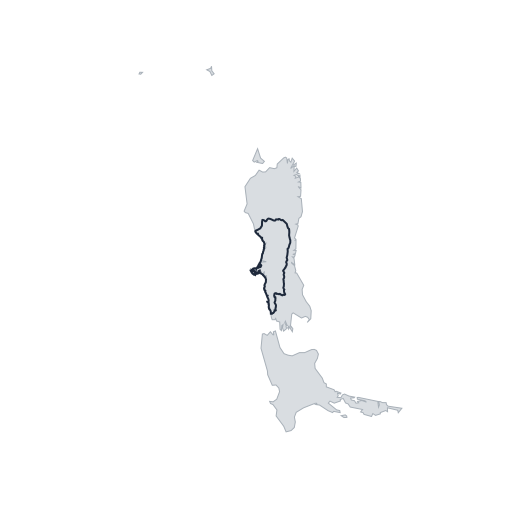 New Zealand, with Canterbury highlighted, rotated 134°
{"feature_id": "NZL-3400", "entity_name": "Canterbury", "entity_type": "Regional Council", "adm_level": 1, "iso_a3": "NZL", "parent_name": "New Zealand", "parent_adm1": "", "projection": "mercator", "projection_center": [172.324, -43.488], "detail": "fine", "context": "in_parent", "style": "outline", "palette": "slate", "viewbox_px": 512, "rotation_deg": 134, "n_neighbors": 0, "source": "natural_earth", "source_scale": "10m", "svg_char_len": 9458}
<svg xmlns="http://www.w3.org/2000/svg" viewBox="0 0 512 512"><g transform="rotate(134 256 256)"><path d="M271.1,189.8L273.0,189.9L281.5,183.3L285.0,181.9L285.9,181.8L284.0,183.7L284.4,185.1L282.5,189.6L284.1,188.9L285.1,185.8L286.2,185.2L285.8,183.4L290.9,184.0L289.2,187.1L286.5,188.9L288.1,189.1L292.0,185.9L292.0,187.8L287.0,193.1L288.5,196.1L287.2,198.5L288.7,198.2L290.6,200.1L289.4,202.5L284.0,208.8L283.2,212.0L278.2,217.6L272.8,228.0L262.9,234.8L264.7,236.6L261.2,239.2L264.0,238.7L265.9,242.8L270.4,244.0L270.7,247.9L267.8,249.0L265.0,247.2L260.8,247.9L262.2,246.3L260.5,245.2L257.4,248.5L253.0,244.6L255.5,249.1L246.8,254.3L243.1,254.7L241.8,257.5L239.8,257.7L241.0,258.6L238.2,272.9L235.7,272.8L238.0,274.4L237.6,275.9L234.7,280.1L230.8,291.2L232.2,293.8L232.0,295.7L224.7,298.6L213.8,312.1L204.0,314.0L198.5,312.4L192.1,313.4L191.0,309.5L188.8,307.5L183.0,307.6L180.4,303.4L178.0,302.3L175.1,304.6L166.2,304.2L164.5,303.5L164.2,302.0L167.6,297.7L164.5,300.0L163.1,299.8L164.4,297.9L164.3,296.1L160.5,297.9L160.9,294.2L169.0,291.9L165.8,291.5L165.6,290.3L168.8,287.5L164.5,287.8L165.3,284.6L167.6,284.6L166.8,282.3L171.6,284.7L171.0,282.5L172.8,281.8L169.5,280.2L169.4,277.9L171.1,276.1L173.3,276.9L171.9,274.9L175.8,270.9L176.8,274.0L177.1,269.6L182.1,265.4L184.2,267.0L183.3,263.2L191.8,253.4L196.5,250.9L199.1,251.3L203.5,248.4L205.4,249.5L204.6,247.4L205.2,246.4L216.3,240.8L216.3,239.0L217.5,238.7L216.7,238.3L223.1,232.3L225.7,232.7L224.1,231.0L226.7,229.4L229.3,230.6L227.8,228.7L230.2,227.6L231.3,229.2L231.4,226.9L235.3,222.1L236.0,225.9L236.4,225.4L236.2,221.6L238.9,217.2L241.0,216.2L240.0,214.9L243.9,201.3L248.0,199.6L251.6,195.6L254.0,188.1L254.8,182.4L257.0,178.3L263.1,173.0L268.2,173.0L264.7,173.5L264.2,176.3L265.2,178.6L269.0,180.2L271.1,189.8ZM268.5,46.9L273.9,56.0L276.6,53.2L277.0,55.3L282.3,57.8L283.2,56.9L287.6,59.3L288.2,62.5L291.2,61.4L294.9,68.3L294.3,70.0L295.5,72.4L292.4,72.7L299.2,83.3L298.4,87.0L299.5,89.5L297.9,94.3L300.7,95.7L301.7,94.6L307.5,97.5L309.0,102.0L311.6,101.8L310.7,91.2L309.0,88.4L310.2,86.7L313.9,92.3L315.4,92.1L317.2,96.7L319.1,106.8L321.4,109.9L320.1,109.4L319.9,110.2L321.0,111.2L332.1,116.3L340.5,118.5L345.2,116.5L348.1,112.4L352.8,109.3L357.2,109.5L361.6,112.2L359.2,117.8L357.1,130.4L352.2,134.0L351.1,140.5L352.0,143.1L351.1,145.2L349.0,142.4L344.6,141.6L337.2,144.8L335.1,147.9L334.9,152.0L337.7,154.5L333.3,165.1L330.7,168.0L318.9,188.3L307.7,197.2L306.2,196.3L305.3,192.8L300.5,193.0L300.9,189.0L300.3,188.5L298.5,190.8L296.4,190.0L305.2,175.2L306.8,168.0L305.1,164.1L302.7,160.6L295.3,157.6L291.7,153.9L284.7,151.0L282.7,149.2L281.9,146.9L283.2,143.0L287.0,140.7L292.5,139.2L295.8,135.4L297.8,123.5L299.9,119.1L299.2,116.5L301.3,114.5L298.0,107.0L298.7,104.7L297.6,104.4L295.6,99.7L296.8,99.5L298.1,102.1L299.3,99.9L301.3,99.4L298.9,96.5L295.9,97.3L293.8,96.4L292.2,91.9L289.0,87.0L289.9,86.9L292.5,89.3L293.4,87.4L291.7,84.6L292.4,81.8L290.3,80.2L290.1,82.0L286.4,79.4L284.4,75.0L284.5,77.2L288.6,83.6L287.5,84.9L286.7,84.3L276.0,67.4L279.6,62.9L277.4,63.8L275.4,66.6L274.4,65.4L273.7,63.3L271.1,60.5L272.3,58.9L272.3,56.7L264.2,45.3L269.9,44.8L268.5,46.9ZM184.9,315.5L188.1,320.6L186.4,320.3L186.4,321.4L189.7,322.5L189.7,324.7L177.7,329.4L182.4,320.7L182.1,315.7L184.9,315.5ZM155.3,417.3L156.3,420.8L152.5,419.0L150.4,419.8L153.5,416.4L154.0,412.7L156.8,413.2L155.3,417.3ZM311.1,80.5L311.7,83.8L308.3,81.4L308.1,79.6L309.0,78.5L311.1,80.5ZM284.4,180.6L282.2,181.9L282.7,179.0L285.2,177.3L284.4,180.6ZM164.7,290.5L164.5,292.3L161.2,291.6L163.7,289.5L164.7,290.5ZM205.3,465.2L206.3,466.6L204.5,467.2L202.7,465.2L205.3,465.2ZM168.6,279.2L169.4,282.0L167.2,280.6L168.6,279.2Z" fill="#d9dde1" stroke="#a8b0b8" stroke-width="1"/><path d="M287.2,205.2L285.9,206.6L285.4,207.4L285.2,207.9L285.1,208.4L285.1,209.0L285.1,209.4L284.9,209.7L284.7,210.3L284.3,210.7L284.0,211.3L283.7,211.6L282.9,212.1L282.6,212.4L282.1,213.3L281.8,213.4L281.6,213.4L281.4,213.9L281.2,214.1L280.9,214.4L280.9,214.8L280.9,215.0L281.2,215.3L281.3,215.5L281.2,215.7L281.1,215.9L280.7,215.4L280.3,215.2L280.1,215.3L279.7,215.6L279.3,215.9L278.5,217.0L278.1,217.8L277.9,218.8L277.5,219.6L276.7,220.0L276.9,220.2L277.1,220.4L275.8,223.2L275.6,224.0L275.4,224.5L275.0,224.9L274.5,225.1L274.5,225.4L274.6,225.8L274.6,226.1L274.6,226.3L274.5,226.6L274.3,226.8L274.2,226.9L274.0,227.0L274.0,227.3L273.9,227.5L273.1,228.1L272.9,228.1L272.4,228.2L271.7,228.6L271.6,228.8L271.6,229.1L271.5,229.3L271.3,229.4L270.5,230.0L268.3,230.6L267.7,230.9L267.3,231.4L266.0,232.4L265.8,232.8L265.4,233.8L265.0,234.4L264.9,234.6L264.9,234.9L265.1,235.2L264.9,235.8L264.9,236.3L264.9,237.6L264.7,237.7L264.6,238.0L264.7,238.5L265.0,239.9L265.5,241.3L265.4,241.7L265.2,241.4L264.9,241.5L265.1,241.8L265.3,242.0L266.3,242.3L265.9,242.5L264.8,242.6L264.3,242.8L263.8,243.2L264.0,243.4L264.5,243.4L264.9,243.6L265.2,243.1L265.8,242.9L266.4,243.0L266.7,243.0L266.8,243.4L266.9,243.7L267.1,243.9L267.2,243.2L267.4,242.6L267.8,242.9L267.9,243.1L267.9,243.5L267.9,244.1L267.9,244.3L268.2,244.2L268.3,244.0L268.4,243.7L268.6,243.5L268.8,243.4L269.0,243.4L269.3,243.5L269.5,243.7L269.6,244.0L270.0,243.5L270.2,243.4L270.3,243.8L270.5,244.0L270.9,244.5L270.8,245.1L270.8,245.3L271.0,245.5L271.1,246.3L271.0,246.9L270.9,247.6L270.7,248.2L270.5,247.8L270.1,248.4L269.8,248.3L269.7,248.8L269.7,249.0L269.5,248.8L269.4,248.7L269.2,248.8L269.1,249.0L269.0,248.7L268.8,248.1L268.7,247.8L268.7,247.5L268.8,247.3L268.8,247.1L268.6,246.8L268.5,246.5L268.5,246.2L268.5,245.9L268.3,245.8L268.0,245.9L267.9,246.1L268.0,246.4L268.2,246.6L267.9,247.2L267.9,247.8L268.1,248.5L268.6,249.3L268.2,249.3L267.1,249.3L266.9,249.1L266.5,248.7L266.1,248.8L265.9,248.6L265.5,248.2L264.9,247.5L264.9,247.2L265.2,246.7L264.9,246.8L264.4,247.0L263.1,247.2L262.6,247.4L261.6,247.5L260.2,248.1L259.5,248.2L259.4,248.1L259.4,247.8L259.6,247.7L259.8,247.6L260.2,247.5L262.8,246.6L263.0,246.6L263.3,246.5L263.1,246.3L262.7,246.0L261.9,246.0L261.6,245.9L261.3,245.5L261.2,245.3L260.7,245.1L260.3,245.2L259.9,245.4L259.4,245.5L259.1,245.7L259.0,246.3L258.9,247.0L258.9,247.5L259.0,248.0L258.9,248.1L258.7,248.4L258.6,248.5L257.2,248.7L256.6,248.8L256.3,249.1L255.6,249.4L255.2,249.7L253.5,250.5L250.3,252.9L249.7,253.0L249.5,252.9L249.2,253.0L247.8,254.0L247.2,254.1L246.9,254.2L246.3,254.8L245.9,254.9L245.4,255.3L244.9,255.4L244.5,256.0L244.4,256.2L243.9,256.3L243.7,256.5L242.7,257.6L242.3,257.8L242.0,257.7L241.5,258.0L241.4,258.3L241.3,258.5L240.4,260.2L240.4,260.4L240.4,261.8L240.3,262.2L240.1,262.6L239.6,263.1L239.5,263.4L239.5,263.6L239.5,263.9L239.3,263.9L239.1,264.0L238.7,264.3L239.0,264.7L239.1,265.6L239.1,267.3L239.3,268.5L239.3,268.9L239.2,269.3L239.0,269.5L238.8,269.6L238.7,269.9L239.1,270.0L239.3,270.5L239.3,271.3L239.1,272.7L239.0,273.2L238.8,273.5L238.6,273.8L237.8,273.7L236.1,273.0L233.1,272.1L231.7,272.5L231.1,272.5L230.4,272.7L229.8,273.0L227.2,275.4L225.6,276.4L225.2,276.0L224.9,275.4L224.7,274.8L224.6,274.2L224.7,273.6L224.4,273.2L224.1,273.0L223.5,272.9L222.0,273.3L220.8,273.2L220.3,272.9L220.0,272.4L219.5,271.6L218.9,270.2L218.4,268.5L218.0,267.7L217.4,267.0L216.9,266.8L215.7,267.0L214.7,265.9L214.3,265.3L213.8,265.4L213.4,265.2L213.1,264.7L212.8,263.2L212.6,262.6L212.1,262.1L211.6,261.9L211.5,261.6L211.5,261.0L211.5,256.8L211.5,256.3L211.8,255.7L212.1,255.3L212.5,254.6L212.8,254.2L213.1,253.5L213.5,252.8L213.7,252.2L213.6,251.0L214.5,249.9L215.1,249.3L215.6,248.7L218.2,246.5L218.7,245.7L219.1,245.3L219.4,244.6L219.8,244.1L220.2,243.5L220.5,242.9L220.7,242.4L221.2,241.9L222.5,240.7L223.0,240.4L224.7,239.8L226.9,238.5L227.7,238.2L228.3,238.1L228.6,238.2L229.0,238.2L230.6,236.4L233.6,234.1L235.2,233.2L235.9,232.8L236.9,231.0L237.5,230.5L237.9,230.6L239.2,230.2L239.5,230.0L239.7,229.7L239.9,229.1L240.1,228.7L240.8,228.0L241.2,227.7L241.9,227.4L242.5,227.4L242.8,227.3L243.0,227.2L243.4,226.9L244.0,226.7L244.4,226.7L244.5,226.8L245.3,226.6L246.0,226.5L246.6,226.4L247.5,226.4L247.7,226.2L247.9,226.0L248.0,225.8L248.0,225.5L248.2,224.8L248.4,224.2L248.5,223.9L249.4,223.6L250.4,223.0L250.5,222.6L250.6,222.3L251.0,221.8L251.3,221.3L251.7,221.0L252.2,220.6L252.4,220.5L252.9,220.5L253.2,220.4L253.6,220.2L254.1,219.7L254.6,218.8L255.3,218.2L255.5,218.0L255.7,217.7L256.0,217.3L256.2,217.1L256.4,216.7L256.6,216.5L257.6,215.7L258.5,214.9L259.0,214.7L259.3,214.6L259.7,214.4L259.9,214.2L260.0,213.9L260.1,213.7L260.3,213.2L260.4,212.8L260.5,212.3L261.0,212.2L261.3,212.0L261.6,211.7L262.4,210.8L262.6,210.3L263.1,209.0L263.2,208.5L263.3,208.4L263.5,208.3L264.2,208.5L264.4,208.6L264.7,209.3L265.0,209.5L265.3,209.5L265.6,209.6L265.9,209.9L266.1,209.9L266.2,210.2L266.3,210.6L266.4,211.2L266.6,211.4L266.7,211.8L266.6,212.0L266.6,212.4L266.7,212.6L267.0,212.7L267.3,212.8L267.6,213.0L267.8,213.5L268.0,213.8L268.1,214.1L268.9,214.8L268.9,215.1L268.8,215.4L268.8,215.7L268.9,215.9L269.2,216.0L269.5,216.1L269.9,216.5L270.2,216.5L270.4,216.3L271.1,215.9L271.4,215.8L271.7,215.6L272.0,215.1L272.4,214.7L272.7,214.0L272.7,213.7L272.3,213.4L272.5,213.1L272.9,212.6L273.5,212.2L274.4,211.3L274.9,211.0L276.5,210.4L276.7,210.1L276.8,209.8L277.0,209.4L277.0,208.8L277.5,207.5L278.5,206.6L279.0,206.3L279.3,206.0L279.6,205.9L280.0,205.7L280.3,205.4L280.6,205.2L280.9,205.0L281.2,204.2L281.4,204.0L281.7,204.1L281.9,204.4L282.1,204.6L282.3,204.8L282.5,204.6L282.7,204.4L283.0,204.3L284.4,204.0L284.7,204.0L285.0,204.0L285.4,204.3L285.9,204.4L286.2,204.3L286.4,204.4L286.6,204.5L287.2,205.2Z" fill="none" stroke="#1e293b" stroke-width="2"/></g></svg>